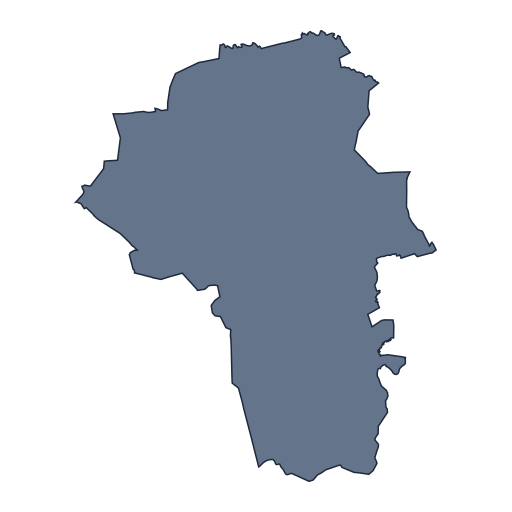 the district of Vārkavas pag., Varkavas, Latvia
{"feature_id": "27541924B75786186829450", "entity_name": "Vārkavas pag.", "entity_type": "district", "adm_level": 2, "iso_a3": "LVA", "parent_name": "Latvia", "parent_adm1": "Varkavas", "projection": "albers", "projection_center": [26.639, 56.228], "detail": "fine", "context": "isolated", "style": "filled", "palette": "slate", "viewbox_px": 512, "rotation_deg": 0, "n_neighbors": 0, "source": "geoboundaries", "source_scale": "gbopen_adm2", "svg_char_len": 5939}
<svg xmlns="http://www.w3.org/2000/svg" viewBox="0 0 512 512"><path d="M258.7,466.9L259.3,466.6L263.4,462.6L265.3,461.3L266.9,460.5L269.5,459.7L272.8,459.5L274.1,460.6L274.9,461.9L275.6,463.8L276.0,464.3L276.8,464.6L279.0,464.0L279.8,464.2L280.7,466.6L283.4,469.8L285.0,473.0L286.2,474.5L287.6,474.6L291.2,473.4L291.6,473.4L309.0,481.3L313.2,480.0L317.4,475.0L321.7,472.7L325.8,469.8L338.6,465.4L340.3,465.1L340.6,465.2L341.9,467.4L354.1,472.4L358.8,472.8L368.8,474.3L373.1,470.6L376.9,463.5L376.5,461.6L374.9,458.1L374.9,457.5L376.8,451.2L378.2,447.3L378.5,445.5L378.3,444.1L375.5,440.7L375.0,439.7L375.0,438.7L376.1,436.6L378.1,433.8L378.3,426.3L387.5,412.4L387.2,408.9L386.0,407.3L385.5,400.8L386.7,399.2L388.0,395.9L387.6,394.2L387.6,392.8L386.9,392.0L386.8,391.0L386.0,390.4L385.9,389.7L384.6,388.9L383.7,387.9L382.3,386.9L381.5,386.0L380.7,384.4L378.6,378.5L377.4,376.4L377.2,375.7L377.3,372.7L377.7,370.0L378.1,369.0L378.4,368.7L379.0,368.4L380.4,368.6L380.5,367.6L381.6,366.3L382.9,365.4L384.1,364.7L385.6,364.9L386.1,366.4L387.1,366.7L389.1,368.1L391.4,370.3L393.4,373.4L394.7,374.2L396.2,374.5L398.0,373.6L398.6,372.4L399.6,368.8L400.7,367.5L402.2,366.0L404.7,364.4L405.3,363.4L405.4,360.0L405.3,359.2L404.9,358.9L404.7,358.4L404.5,358.2L404.5,357.8L405.1,357.6L405.4,357.8L405.5,357.5L401.5,356.7L387.3,354.7L384.2,355.3L382.6,355.2L381.2,355.7L380.8,355.5L380.6,355.7L380.7,356.0L380.3,356.1L380.2,355.7L380.4,354.8L379.2,354.0L378.5,352.3L379.5,352.3L380.0,351.7L379.5,351.2L379.3,350.7L379.0,350.6L378.5,350.9L378.5,351.3L378.1,351.3L378.1,350.5L378.5,349.6L378.9,349.5L379.4,349.7L379.8,349.4L380.0,348.1L381.3,347.7L381.6,346.9L381.4,346.5L381.7,346.0L381.6,345.7L381.7,345.1L383.7,344.5L383.7,343.6L383.4,343.8L382.7,343.7L382.6,343.1L383.1,342.8L383.7,343.2L384.1,342.3L384.5,342.4L384.9,341.4L385.6,341.0L386.1,341.0L386.5,341.4L386.8,341.2L387.0,341.7L387.7,340.9L388.3,341.2L388.2,340.7L388.4,340.3L388.9,340.7L389.1,340.5L389.1,339.9L389.5,339.6L390.2,340.5L390.5,340.4L390.9,339.5L390.3,339.3L390.1,338.9L390.2,338.6L391.1,337.9L393.6,337.9L393.8,325.4L393.0,320.0L384.6,319.9L381.7,320.4L372.0,326.8L367.8,314.3L379.4,307.7L377.7,303.4L377.7,302.8L378.0,302.6L377.7,302.2L377.6,301.7L377.4,301.6L377.3,302.0L376.4,302.0L375.6,301.5L376.0,300.3L376.9,300.0L377.1,299.6L376.6,298.3L375.9,298.1L375.9,297.6L375.5,297.1L376.9,295.5L376.8,294.9L377.3,294.4L377.5,293.8L378.0,293.7L378.2,293.9L379.8,292.5L379.9,292.2L379.5,291.5L379.9,290.7L379.4,290.4L377.6,291.1L376.7,291.0L374.8,285.5L374.8,285.1L376.7,281.6L377.2,279.3L377.4,276.7L376.9,272.4L374.4,267.1L374.7,266.5L377.8,263.0L376.6,261.8L376.8,260.6L376.2,259.4L376.8,258.3L381.2,256.6L384.0,256.4L386.6,255.4L388.0,255.3L388.1,255.1L390.3,255.4L392.6,254.2L394.2,254.4L394.7,253.9L395.8,253.7L396.1,254.1L396.6,255.9L398.5,255.6L399.4,254.9L400.3,255.6L400.3,256.2L400.6,256.7L401.1,258.2L414.5,253.7L417.3,256.6L429.7,253.3L432.0,253.0L436.1,250.0L433.5,244.6L431.9,242.3L431.5,242.5L431.3,243.2L430.6,243.9L430.3,244.4L430.3,245.2L429.4,246.0L429.2,245.0L424.2,235.6L424.1,234.9L422.3,231.3L417.6,229.4L411.8,221.9L408.9,216.6L408.7,213.9L407.9,210.5L406.5,207.3L406.7,191.1L406.6,180.9L406.8,179.4L407.2,178.8L406.8,178.5L409.9,171.9L393.9,172.3L378.2,173.4L377.4,173.1L370.3,166.4L367.6,164.4L366.4,162.5L364.8,160.6L354.3,149.9L355.4,144.4L355.9,142.9L358.1,131.1L369.5,114.4L369.2,112.5L368.0,107.6L367.8,107.6L369.1,90.8L378.6,83.0L377.5,82.0L376.6,82.2L376.2,82.0L374.9,80.2L374.5,80.6L373.9,80.3L372.6,78.4L371.7,76.4L370.6,76.3L369.1,75.5L367.7,76.1L367.1,76.8L365.6,77.0L364.2,76.3L364.1,76.0L364.3,75.5L364.1,75.0L363.7,74.2L363.1,73.8L359.0,72.1L356.6,72.3L354.1,69.6L353.4,69.4L351.5,70.1L348.8,67.7L345.8,67.7L345.4,67.5L345.2,67.1L344.7,67.0L341.1,67.5L339.3,58.2L350.2,52.5L345.8,46.7L344.9,46.7L340.1,38.3L340.2,36.8L339.0,36.5L338.5,35.6L337.8,35.8L336.6,38.7L336.1,39.1L335.8,39.1L333.5,37.0L332.9,36.1L332.9,35.8L333.1,35.5L334.0,35.3L334.4,34.9L334.5,34.1L333.9,33.6L332.7,33.3L331.2,33.4L327.3,34.9L326.4,35.0L325.9,34.8L325.1,33.2L324.6,32.6L322.6,31.7L321.6,30.7L321.0,30.8L320.6,31.2L319.4,34.5L318.5,35.2L317.4,35.5L316.1,35.0L313.0,33.0L312.0,33.1L310.7,31.9L309.9,31.7L307.6,33.6L307.9,34.5L307.5,34.8L306.0,34.7L304.5,33.6L303.8,33.5L302.9,34.1L302.3,33.0L301.3,34.9L301.6,36.3L301.6,37.2L301.3,38.1L300.3,38.9L284.1,43.1L282.4,43.2L261.2,48.6L260.0,46.5L259.2,46.2L258.0,47.0L256.9,45.5L254.8,43.4L253.0,42.7L252.5,43.1L252.5,44.5L252.3,44.8L250.5,45.8L249.4,46.0L247.1,45.6L243.8,44.3L242.5,44.0L241.4,44.2L241.0,44.6L241.8,45.8L242.1,46.8L241.5,47.3L239.8,47.3L238.5,46.7L237.6,47.6L237.1,47.4L235.5,44.7L234.5,44.6L233.8,44.9L233.3,45.5L233.0,47.8L232.6,48.4L232.3,48.5L231.4,48.2L227.5,45.9L226.9,46.2L226.0,47.4L225.5,47.5L225.2,47.0L224.9,45.6L224.6,45.0L223.6,44.1L222.9,44.1L221.1,45.3L220.2,44.9L219.7,48.5L219.0,58.5L204.0,61.6L198.7,62.5L175.5,73.6L172.6,80.4L170.0,87.1L167.7,102.7L167.6,109.8L161.4,110.6L157.8,109.0L155.0,108.3L155.5,111.6L149.0,112.5L146.1,112.1L143.6,111.5L134.3,112.4L133.7,112.8L123.5,113.8L113.1,113.8L120.4,137.9L117.5,160.3L108.5,160.8L104.3,161.2L103.6,168.7L91.4,184.8L91.7,184.7L91.6,185.1L89.6,186.2L84.9,185.1L81.9,186.4L82.4,188.0L83.9,191.4L84.0,191.9L83.8,192.3L83.1,193.9L82.0,195.3L75.9,202.0L76.2,201.9L81.0,203.7L84.3,208.7L86.2,207.6L93.8,214.9L93.6,215.1L94.4,216.1L98.3,219.5L120.2,233.5L129.1,242.1L132.5,246.1L133.4,246.3L137.2,250.1L134.6,250.3L131.0,252.2L130.3,252.7L129.3,254.6L133.1,269.2L134.1,269.9L134.5,271.5L134.5,272.9L153.1,277.6L153.1,277.8L161.0,279.4L169.6,276.7L182.3,273.2L197.1,289.5L197.1,290.0L197.8,290.4L204.4,289.3L205.5,288.8L207.9,286.3L209.5,285.5L214.9,285.1L217.6,285.7L219.9,296.8L214.9,300.4L211.2,305.5L212.4,312.8L215.1,315.8L220.4,316.6L225.9,327.6L230.8,329.7L230.4,336.0L230.8,338.5L231.2,346.0L231.9,374.7L232.2,383.1L238.5,388.1L242.2,401.9L243.7,408.5L251.0,436.5L258.7,466.9Z" fill="#64748b" stroke="#1e293b" stroke-width="1.5"/></svg>